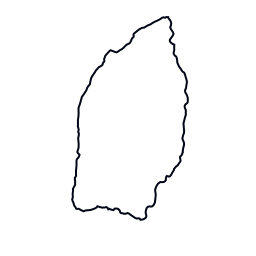 Barbosa, Santander, Colombia, rotated 339°
{"feature_id": "7082276B35753389183496", "entity_name": "Barbosa", "entity_type": "district", "adm_level": 2, "iso_a3": "COL", "parent_name": "Colombia", "parent_adm1": "Santander", "projection": "albers", "projection_center": [-73.619, 5.955], "detail": "fine", "context": "isolated", "style": "outline", "palette": "ink", "viewbox_px": 256, "rotation_deg": 339, "n_neighbors": 0, "source": "geoboundaries", "source_scale": "gbopen_adm2", "svg_char_len": 5153}
<svg xmlns="http://www.w3.org/2000/svg" viewBox="0 0 256 256"><g transform="rotate(339 128 128)"><path d="M194.7,118.2L194.7,117.6L194.4,116.3L194.3,115.2L194.4,114.4L194.7,113.6L195.0,112.9L195.7,112.3L196.3,111.8L196.7,111.1L197.6,109.4L198.9,107.3L199.6,105.8L199.9,104.3L200.0,103.1L200.1,101.3L200.3,98.9L200.4,97.0L200.1,96.2L199.6,95.6L199.0,94.5L198.7,93.3L198.7,92.8L198.5,91.6L198.2,90.8L197.8,89.7L197.7,88.9L197.6,87.5L197.5,85.9L197.5,84.5L198.0,82.9L198.5,80.8L198.6,79.3L198.5,78.4L198.0,77.8L197.6,77.0L197.4,75.8L197.3,74.9L197.7,73.9L198.1,73.2L198.8,72.4L199.3,71.3L199.9,69.6L200.6,67.8L201.1,66.9L200.7,66.2L199.9,65.8L199.0,64.2L198.4,63.3L198.2,62.3L198.3,61.5L198.7,60.6L200.0,59.7L201.5,58.7L202.7,58.0L203.6,57.2L204.3,56.2L204.3,54.8L204.0,53.3L203.5,51.0L203.4,49.5L203.9,48.6L204.7,47.8L205.6,46.3L206.0,45.2L206.0,44.1L205.9,42.5L205.3,40.5L205.0,39.4L205.2,38.9L203.7,38.2L203.0,38.2L202.3,38.4L201.6,38.0L201.0,37.5L200.4,37.3L199.7,37.3L198.5,37.5L197.6,37.8L196.1,38.0L194.8,38.2L193.1,38.3L190.9,38.4L188.1,38.8L186.3,39.3L183.8,39.3L182.5,39.4L181.3,39.6L180.5,39.8L179.0,40.1L178.1,39.8L176.5,39.5L175.2,39.8L173.6,40.0L172.3,40.4L170.5,41.0L168.8,41.5L167.1,42.2L166.5,42.9L166.4,43.7L166.2,44.4L165.8,45.0L164.7,45.5L163.9,45.8L163.0,46.7L162.1,47.7L161.2,48.5L160.5,49.1L159.6,49.5L158.8,49.6L157.6,49.6L156.4,49.8L155.4,50.2L153.8,50.9L152.9,51.4L151.5,51.9L149.9,52.3L148.7,52.4L147.6,52.6L146.8,52.9L145.5,53.2L144.2,53.2L143.0,52.2L141.3,50.7L140.2,49.7L139.7,49.2L138.6,49.4L137.4,50.0L136.1,50.6L134.6,51.4L132.7,52.4L131.7,53.7L130.7,54.7L130.2,55.7L130.0,56.8L129.3,57.7L128.1,58.1L127.4,59.1L126.8,59.9L125.9,60.2L124.4,60.6L122.9,60.7L121.6,61.2L120.5,61.9L119.4,62.3L118.6,62.8L117.3,63.9L115.6,65.1L112.8,67.0L111.2,68.6L109.7,70.8L108.5,72.8L108.0,73.6L107.1,74.0L105.6,74.9L104.3,75.9L103.6,76.8L102.3,78.1L100.4,79.5L98.9,80.6L97.8,81.3L96.6,82.1L96.0,82.5L94.6,84.5L92.6,87.2L91.2,89.0L89.4,91.0L88.6,92.5L87.1,96.8L86.1,98.9L85.7,99.9L84.8,101.3L84.2,102.6L83.8,103.3L83.2,105.2L82.6,106.5L82.2,107.7L81.7,108.6L81.7,109.5L81.4,111.7L80.9,112.7L80.1,113.8L80.2,115.1L79.8,116.5L78.9,118.0L77.9,119.5L77.2,121.7L76.7,123.7L75.7,126.6L74.7,128.8L73.5,130.4L72.8,131.3L72.1,132.2L72.1,132.5L72.4,134.0L73.2,135.4L72.9,136.0L72.2,136.9L71.0,137.9L69.4,138.6L68.4,139.7L67.6,141.6L66.9,143.6L66.4,144.8L65.8,145.9L65.2,147.2L64.6,148.2L64.0,149.6L63.5,151.1L63.0,152.2L62.7,153.1L62.4,154.1L61.8,154.5L61.2,155.1L60.5,155.5L60.2,156.4L59.9,157.1L59.7,158.4L59.3,159.5L58.8,160.7L58.4,162.0L57.4,162.8L56.7,163.4L55.7,164.3L54.7,165.2L54.4,166.5L52.7,169.7L51.8,172.6L51.0,173.8L50.4,174.4L50.2,175.5L50.1,176.6L50.3,178.0L50.2,179.3L50.0,180.2L50.0,181.1L50.3,182.5L50.7,183.7L50.7,184.7L51.2,185.1L53.2,185.9L54.6,187.7L56.7,189.8L58.7,189.8L59.5,189.9L62.1,190.7L64.4,191.2L67.1,191.2L68.8,191.2L70.5,190.8L71.3,190.1L72.1,190.6L73.5,191.8L75.3,193.0L77.4,193.8L79.4,194.1L80.4,195.3L80.4,196.9L81.8,196.9L82.8,198.0L85.1,199.5L86.6,198.5L88.6,199.1L90.0,200.3L90.7,202.2L90.5,203.9L90.9,204.9L92.5,205.7L93.3,206.5L94.8,207.2L97.0,207.2L98.2,208.2L99.7,210.6L101.1,212.6L102.2,214.2L103.6,215.6L105.3,216.0L106.3,216.6L106.7,217.9L106.8,218.2L107.8,218.5L109.7,218.7L110.8,218.6L112.2,218.2L113.0,217.6L113.5,217.0L113.8,216.1L113.9,215.1L114.0,213.9L114.3,213.1L114.9,211.8L115.2,211.4L115.9,210.5L116.7,209.5L117.6,209.0L118.2,208.8L119.0,208.7L120.1,208.9L121.0,209.4L122.0,209.8L122.9,209.7L124.3,209.1L125.3,208.2L126.5,207.1L126.8,206.5L127.4,205.0L127.5,204.9L127.6,205.0L128.1,204.0L128.8,202.6L129.0,202.3L129.5,201.3L129.6,201.1L130.0,200.2L130.9,196.4L131.2,195.3L131.4,195.2L132.5,193.7L133.8,192.4L134.7,191.7L135.1,191.4L136.1,190.7L136.3,190.7L138.8,190.0L139.6,190.4L141.0,191.0L142.3,191.2L143.4,191.0L144.7,190.1L145.2,188.9L146.2,187.3L146.4,187.1L146.6,187.0L146.8,186.8L147.0,186.8L147.5,187.0L147.8,187.2L148.5,187.9L149.4,188.1L150.1,188.0L151.4,187.3L151.5,187.2L152.5,186.3L153.8,185.2L155.5,184.0L156.2,183.0L156.2,182.9L156.3,182.8L156.4,182.7L156.6,182.7L156.9,182.5L157.5,182.0L157.9,181.8L159.1,181.2L159.7,181.1L159.8,181.1L160.0,181.0L161.0,180.6L161.6,180.3L161.8,180.1L162.8,179.3L164.3,178.4L164.6,178.2L165.4,177.4L165.5,176.8L165.6,176.3L165.8,174.9L166.3,173.5L167.3,173.0L168.6,172.4L169.1,171.8L169.2,171.7L169.3,171.6L169.4,171.4L169.5,171.4L169.6,171.2L169.9,170.9L170.0,170.7L170.3,170.4L170.4,170.2L170.5,170.2L170.6,169.9L170.7,169.7L170.8,169.5L170.8,169.3L170.9,169.2L171.0,169.0L171.0,168.9L171.1,168.6L171.2,168.4L171.3,168.3L172.5,166.3L173.9,164.4L174.1,164.0L174.4,163.4L174.5,163.4L174.6,163.2L174.8,162.6L174.9,162.1L175.0,160.5L174.9,158.5L175.0,157.3L175.7,156.2L176.9,154.5L178.3,152.9L179.0,151.7L179.4,150.5L180.0,148.5L180.6,146.5L181.1,144.8L181.5,143.3L182.2,142.6L182.8,141.7L183.4,140.8L184.1,139.8L184.8,138.8L185.4,138.0L186.5,136.7L187.0,135.8L187.4,134.3L188.0,133.1L188.2,132.7L188.4,131.6L188.3,130.0L188.5,128.3L188.9,127.7L189.5,127.0L190.2,126.5L190.9,126.4L191.8,126.0L192.4,125.8L193.0,125.2L193.5,124.3L194.4,121.8L194.5,121.2L194.7,119.9L194.7,118.6L194.7,118.2Z" fill="none" stroke="#020617" stroke-width="2"/></g></svg>